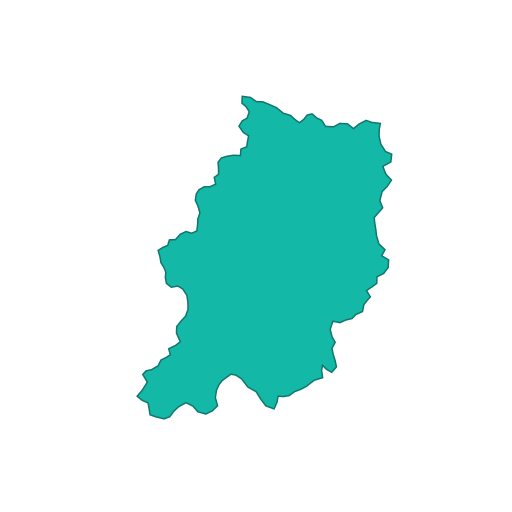 Piau, Minas Gerais, Brazil (orthographic projection), rotated 145°
{"feature_id": "56859067B86039402851050", "entity_name": "Piau", "entity_type": "district", "adm_level": 2, "iso_a3": "BRA", "parent_name": "Brazil", "parent_adm1": "Minas Gerais", "projection": "orthographic", "projection_center": [-43.31, -21.51], "detail": "fine", "context": "isolated", "style": "filled", "palette": "teal", "viewbox_px": 512, "rotation_deg": 145, "n_neighbors": 0, "source": "geoboundaries", "source_scale": "gbopen_adm2", "svg_char_len": 2297}
<svg xmlns="http://www.w3.org/2000/svg" viewBox="0 0 512 512"><g transform="rotate(145 256 256)"><path d="M333.0,316.7L335.1,310.5L337.7,305.1L338.0,299.6L339.1,294.6L342.6,290.4L345.1,284.9L343.3,279.0L337.2,276.2L334.9,270.8L335.2,263.3L338.3,257.2L342.3,251.2L348.2,247.1L354.7,245.7L361.4,243.7L365.4,238.4L367.2,229.2L373.2,228.9L380.7,230.1L382.8,224.2L387.7,224.4L393.5,225.3L399.2,222.2L406.8,222.8L411.9,225.0L416.7,223.9L417.4,215.0L426.2,211.3L433.8,209.3L432.0,202.9L428.7,197.6L431.0,192.5L433.9,186.7L430.2,181.6L424.7,175.3L418.8,173.8L412.3,176.0L406.0,176.9L397.5,176.0L393.8,169.3L393.0,161.8L387.7,155.3L380.5,154.2L373.4,155.3L370.6,163.2L365.4,168.7L359.9,171.9L355.2,173.3L350.0,173.5L344.3,173.5L340.9,170.1L338.3,163.7L337.8,153.3L333.7,144.7L334.2,136.6L333.9,127.6L328.9,120.4L322.7,124.2L318.3,128.5L314.1,125.1L308.9,122.6L302.3,122.8L296.3,121.2L289.4,120.3L284.7,120.6L279.5,120.8L271.2,118.1L267.8,124.8L264.2,128.3L263.3,122.9L260.7,117.3L253.7,119.0L251.1,125.1L249.1,131.3L246.7,136.9L240.6,139.9L240.1,146.1L237.3,153.3L230.5,158.5L225.5,153.3L219.0,152.0L213.2,149.7L207.7,150.8L200.6,149.4L195.7,154.2L190.7,155.8L185.8,156.9L185.3,164.3L179.3,164.2L172.8,164.3L168.8,169.6L161.3,168.5L154.3,170.8L149.6,176.7L152.9,184.1L146.7,187.2L148.4,195.3L145.7,203.4L142.9,208.5L139.6,215.3L137.1,219.7L131.4,221.1L124.6,222.8L122.8,230.3L115.8,236.4L108.4,237.8L101.5,240.5L102.7,248.5L100.7,256.7L91.6,255.7L86.4,261.6L90.0,267.3L89.6,276.0L86.4,283.7L82.5,288.9L78.1,293.3L84.6,299.1L88.0,303.9L95.8,305.0L103.1,304.4L105.2,311.7L111.2,316.5L118.4,317.3L124.7,322.3L124.4,329.6L127.0,334.1L128.5,340.2L133.2,342.1L138.7,340.5L144.0,340.3L145.7,345.1L147.1,351.4L151.8,357.3L154.1,365.7L157.8,371.8L161.9,378.3L167.1,382.2L169.7,389.2L175.7,394.7L179.9,389.2L178.5,384.2L178.8,378.0L184.3,374.0L189.8,374.6L195.5,372.1L195.5,364.3L193.1,358.7L197.5,354.5L200.9,350.8L207.1,352.2L211.1,347.2L216.7,351.5L222.7,354.4L228.2,356.2L233.4,354.5L236.3,349.5L239.8,344.4L245.1,344.4L247.8,338.0L254.2,339.2L258.7,342.4L264.7,343.0L269.3,341.1L273.8,336.3L274.8,330.7L277.2,323.5L282.3,319.8L286.0,315.0L290.1,310.5L295.6,311.5L299.3,316.2L305.7,317.3L312.5,315.6L317.7,318.9L322.2,315.3L327.6,316.5L333.0,316.7Z" fill="#14b8a6" stroke="#0f766e" stroke-width="1.5"/></g></svg>